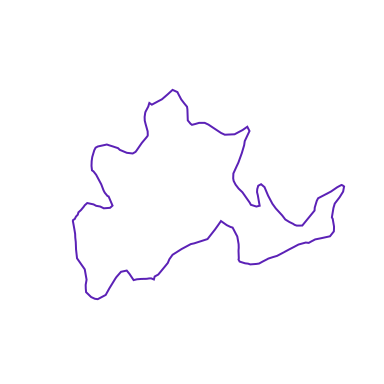 the district of Fayyum, Al Fayyum, Egypt, rotated 334°
{"feature_id": "37247803B19900063663669", "entity_name": "Fayyum", "entity_type": "district", "adm_level": 2, "iso_a3": "EGY", "parent_name": "Egypt", "parent_adm1": "Al Fayyum", "projection": "robinson", "projection_center": [30.852, 29.314], "detail": "fine", "context": "isolated", "style": "outline", "palette": "violet", "viewbox_px": 384, "rotation_deg": 334, "n_neighbors": 0, "source": "geoboundaries", "source_scale": "gbopen_adm2", "svg_char_len": 2759}
<svg xmlns="http://www.w3.org/2000/svg" viewBox="0 0 384 384"><g transform="rotate(334 192 192)"><path d="M222.7,95.8L219.3,91.7L212.8,93.6L205.6,95.5L201.5,95.6L194.2,95.9L192.7,93.3L191.7,94.3L190.2,96.0L185.4,99.5L184.6,100.4L182.3,103.8L180.8,107.2L180.1,110.5L178.7,118.1L177.4,121.0L177.2,121.5L176.4,122.3L168.4,125.9L160.4,130.4L158.8,131.2L157.2,131.3L155.6,131.4L150.6,128.2L145.6,122.5L144.7,120.1L142.6,118.1L141.3,116.8L139.6,115.2L137.9,113.6L136.3,112.0L127.3,109.8L124.8,109.9L122.4,111.7L117.7,116.8L115.4,120.2L113.1,124.5L111.6,128.7L112.5,130.3L113.4,134.5L113.8,145.3L113.2,151.9L113.3,154.4L114.3,158.6L115.1,159.4L114.6,169.4L113.6,169.7L111.4,170.3L105.6,168.0L103.1,164.8L99.8,162.4L98.1,160.0L93.0,156.0L89.8,156.9L88.2,157.8L84.2,159.6L81.0,160.5L79.4,162.3L77.0,163.2L74.7,164.9L73.0,165.0L72.2,165.8L71.5,168.4L70.8,170.9L69.8,174.4L68.6,178.4L67.1,181.8L65.6,186.0L62.6,192.8L59.6,201.2L61.7,214.5L58.8,224.6L55.7,228.9L54.2,232.2L52.9,235.6L55.3,242.2L57.9,245.4L60.3,247.0L69.3,246.7L75.6,242.3L85.2,236.2L86.8,235.3L93.2,232.6L98.9,234.0L99.9,238.2L100.9,245.6L104.2,246.3L108.3,247.9L113.3,250.2L115.7,250.9L117.4,251.7L119.4,253.9L121.4,251.6L125.5,251.4L129.5,249.6L139.1,245.2L142.2,242.5L147.0,239.9L157.6,238.7L168.1,238.3L171.4,239.1L180.4,240.4L185.3,241.1L195.8,236.0L196.1,235.9L196.4,235.7L201.2,233.1L205.3,230.8L208.7,237.0L211.2,240.2L212.9,241.8L213.0,245.1L213.1,249.3L213.2,251.8L212.5,254.3L211.0,259.4L209.5,262.7L208.6,264.2L208.0,265.3L205.0,272.1L204.2,273.1L204.3,275.4L205.1,276.2L206.8,277.8L208.5,279.4L211.0,281.0L212.6,282.6L218.4,284.9L220.9,285.7L224.9,285.5L229.8,285.4L231.4,285.3L236.3,286.0L240.4,286.7L246.9,286.5L254.2,286.2L259.0,286.1L264.7,285.9L272.1,287.3L274.6,288.9L277.9,288.7L279.4,288.7L279.5,288.7L281.9,288.6L287.6,290.1L296.6,292.3L302.2,289.6L303.4,287.5L304.5,285.3L306.7,277.8L306.6,276.1L312.1,268.4L315.2,265.0L322.4,261.4L328.0,257.9L331.1,253.7L330.2,252.0L329.4,251.2L326.5,251.3L324.5,251.4L317.2,252.5L314.0,252.6L302.6,252.9L300.2,254.7L295.5,259.8L294.0,262.4L276.4,270.5L271.4,268.1L269.8,266.5L268.9,264.9L266.4,261.7L263.8,257.6L263.6,256.6L262.8,252.6L260.1,243.5L259.1,237.8L258.8,228.6L259.3,219.4L257.5,215.3L254.3,215.4L251.9,218.0L250.4,220.6L249.7,223.9L248.2,229.0L246.8,234.0L243.5,233.3L239.3,229.3L239.2,226.8L237.2,214.3L235.4,209.4L234.4,204.5L234.3,200.3L235.0,197.8L237.3,193.5L243.6,188.3L246.0,186.4L246.8,185.7L253.9,178.8L259.4,172.8L261.7,169.4L270.4,162.4L270.3,157.6L264.6,158.5L260.7,158.6L255.6,158.8L246.6,154.9L244.0,151.7L236.3,138.6L233.7,135.4L228.8,133.0L224.7,132.3L221.4,131.6L220.6,130.0L219.6,125.8L224.1,115.7L224.9,113.2L223.9,109.0L222.9,104.1L222.7,98.3L222.7,95.8Z" fill="none" stroke="#5b21b6" stroke-width="2"/></g></svg>